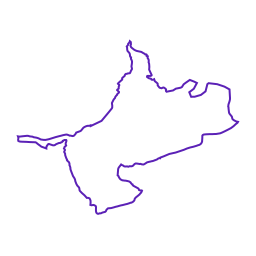 Kiri, Bandundu, Democratic Republic of the Congo, rotated 92°
{"feature_id": "63176286B37259268611319", "entity_name": "Kiri", "entity_type": "district", "adm_level": 2, "iso_a3": "COD", "parent_name": "Democratic Republic of the Congo", "parent_adm1": "Bandundu", "projection": "albers", "projection_center": [19.184, -1.724], "detail": "fine", "context": "isolated", "style": "outline", "palette": "violet", "viewbox_px": 256, "rotation_deg": 92, "n_neighbors": 0, "source": "geoboundaries", "source_scale": "gbopen_adm2", "svg_char_len": 5674}
<svg xmlns="http://www.w3.org/2000/svg" viewBox="0 0 256 256"><g transform="rotate(92 128 128)"><path d="M82.4,73.9L85.1,75.5L85.4,75.9L85.9,76.9L87.0,81.5L88.9,84.3L90.1,89.5L90.4,90.7L89.8,91.3L89.1,91.4L88.2,91.3L87.4,91.9L86.3,93.7L86.4,94.5L87.0,95.6L87.1,95.9L86.9,96.8L86.6,97.9L84.4,99.8L82.7,99.9L82.3,100.2L80.2,102.9L79.3,103.2L78.3,103.6L78.6,104.1L78.8,104.4L78.9,105.2L79.0,105.5L78.8,106.2L78.1,106.6L77.9,107.0L77.6,108.7L76.6,110.4L76.2,110.8L75.6,110.7L75.3,110.5L75.2,109.3L75.2,108.1L75.2,107.6L75.1,107.1L74.9,106.7L74.6,106.3L74.3,106.2L71.1,107.8L68.9,108.9L66.3,108.8L64.1,109.0L62.8,109.2L61.6,109.7L60.6,109.6L59.3,109.7L58.2,110.2L57.7,110.7L56.9,110.9L55.7,110.7L55.4,111.8L54.8,111.7L54.1,111.9L53.9,112.1L54.1,112.6L53.9,113.1L53.9,113.3L53.2,114.0L52.8,115.0L51.5,117.3L50.7,121.8L50.3,123.0L49.6,124.5L47.7,127.1L47.4,127.4L47.0,127.8L45.8,128.3L45.3,128.4L44.8,128.2L44.5,128.0L42.7,128.1L41.9,128.3L41.7,128.6L41.2,129.2L41.6,129.3L42.3,129.5L43.9,130.8L44.9,130.8L46.6,132.1L47.5,131.7L47.9,131.7L49.9,131.5L51.1,131.1L51.5,130.7L52.8,129.4L53.9,128.8L56.2,128.4L56.7,128.2L57.3,127.4L57.9,127.4L58.8,127.5L60.1,126.7L61.4,126.3L62.6,126.3L64.0,126.4L66.3,126.7L68.6,126.1L69.3,126.2L70.4,126.9L72.8,127.8L73.2,128.2L73.5,130.2L73.9,131.0L74.0,132.0L74.5,132.6L75.2,133.0L76.1,133.2L78.1,135.4L78.7,135.6L79.8,135.5L83.4,139.2L84.1,139.6L84.9,138.7L85.1,138.3L85.7,138.2L86.9,138.7L88.9,138.7L89.3,139.1L90.1,140.1L90.5,140.2L92.2,138.3L92.9,138.3L94.4,139.8L94.8,140.1L95.3,140.1L95.5,140.3L96.1,140.9L97.4,141.8L98.4,142.0L100.0,143.3L103.5,144.9L104.0,144.9L106.3,144.5L107.9,144.5L108.1,144.5L108.9,144.8L112.9,147.8L121.8,154.7L126.9,164.5L126.6,164.4L126.5,165.3L127.2,166.8L127.2,168.3L127.6,169.7L128.5,171.5L129.3,172.6L132.2,174.8L132.7,175.4L134.4,179.6L134.7,179.7L136.0,180.4L137.5,181.7L137.8,182.2L138.0,183.2L137.6,185.3L137.7,186.0L137.3,186.9L136.8,188.4L136.7,189.5L137.1,191.3L137.5,192.9L137.8,193.8L138.6,196.6L139.6,199.9L140.9,203.6L141.9,206.5L142.4,208.4L142.8,210.2L142.8,212.0L142.5,214.8L141.9,216.0L141.3,217.5L140.9,219.0L140.8,219.6L140.5,222.0L140.0,223.1L139.8,225.8L139.4,227.2L139.3,228.5L140.0,233.5L140.4,236.1L140.2,237.7L141.3,237.3L142.2,237.2L143.5,237.4L144.7,237.2L145.2,236.2L145.4,234.6L145.4,232.8L145.4,230.8L145.4,228.9L145.5,225.6L145.5,223.4L145.5,221.7L145.5,220.9L145.5,220.0L145.9,219.1L146.9,217.9L147.8,216.6L148.8,215.1L149.7,213.9L150.0,212.8L151.3,208.9L149.9,209.0L149.4,208.6L148.7,208.5L147.9,207.8L147.5,207.7L146.8,207.0L146.7,206.4L147.1,205.2L147.6,203.5L147.9,202.6L147.9,201.3L147.5,200.3L146.7,199.3L145.4,196.5L145.3,195.3L144.9,194.8L144.6,193.8L143.5,192.6L143.1,192.7L142.2,191.0L142.2,189.5L142.2,189.3L142.7,189.1L143.6,189.2L145.2,189.7L146.2,189.8L147.7,189.2L148.3,189.8L149.1,190.7L149.3,190.7L149.6,190.8L150.7,191.3L151.9,190.3L152.6,190.3L153.7,190.9L154.3,190.9L155.7,190.0L157.4,189.8L160.4,188.6L161.3,188.1L161.8,187.8L162.2,187.9L162.6,187.7L164.4,185.7L165.9,185.2L167.2,185.2L167.5,185.0L169.0,184.4L170.2,184.1L170.8,184.2L172.5,183.6L177.9,181.3L180.2,179.7L181.5,179.1L183.0,178.8L185.6,177.7L187.3,176.7L189.0,175.0L189.8,174.6L192.0,174.2L192.5,173.9L194.5,171.9L196.8,169.1L199.3,166.7L199.2,165.9L199.3,164.9L199.7,164.0L200.7,163.4L202.0,162.9L203.6,162.8L204.8,162.8L206.2,162.9L206.5,161.8L206.1,159.9L206.4,158.8L207.1,157.6L208.0,157.2L209.3,157.2L210.5,157.2L212.2,157.1L213.4,156.8L213.8,156.6L214.4,156.0L214.8,155.1L214.7,154.3L214.3,153.6L214.2,152.1L213.4,150.6L212.6,147.9L211.9,147.2L210.4,146.6L209.0,145.2L208.8,143.8L208.7,142.6L208.6,142.0L207.8,139.4L207.2,137.7L206.7,135.8L205.9,133.4L205.5,132.0L205.3,131.0L204.8,129.3L204.3,127.6L203.9,126.1L203.3,124.5L203.0,123.7L202.6,122.9L202.5,122.0L202.1,121.3L201.7,120.6L201.0,119.9L200.5,119.4L199.7,119.0L199.1,118.9L198.5,118.8L197.8,118.3L197.1,117.7L196.4,116.9L195.8,116.2L195.2,115.5L194.6,114.9L194.1,114.2L193.2,113.7L192.6,113.0L192.1,112.7L191.5,112.3L190.9,112.1L190.6,112.0L190.2,111.8L189.9,112.1L190.0,113.1L189.7,114.7L188.7,115.1L188.0,115.7L185.5,120.7L185.0,121.2L184.4,121.4L184.4,121.7L182.8,123.3L182.3,123.5L181.4,125.0L181.2,125.9L181.0,126.7L180.9,127.5L180.7,128.4L180.7,129.0L180.7,129.6L180.6,130.4L180.5,131.2L180.5,131.8L180.1,132.6L179.8,133.3L179.4,133.9L178.8,134.4L177.9,135.1L177.2,135.5L176.4,135.8L175.9,136.4L175.7,136.7L173.5,136.6L169.3,136.4L167.9,135.9L167.5,135.6L164.7,133.6L165.2,132.9L165.6,131.7L166.4,130.6L166.6,129.6L166.5,128.4L166.4,127.5L166.7,126.4L166.1,124.9L166.2,123.5L165.9,122.3L165.5,121.7L163.7,120.1L163.2,119.0L163.2,118.0L163.5,115.6L163.6,115.1L163.4,114.3L163.9,112.7L163.9,111.9L163.9,111.1L163.4,110.2L162.7,109.2L162.3,108.6L161.7,107.8L161.2,106.2L160.9,105.1L160.7,104.2L160.4,103.4L160.3,102.7L160.0,101.7L159.7,100.9L159.4,100.4L159.1,99.4L158.7,98.6L158.4,97.9L158.0,97.4L157.5,96.8L157.2,96.1L157.0,95.5L157.1,94.8L156.4,94.6L155.1,91.4L152.5,85.8L151.4,81.6L150.9,79.6L149.0,74.5L147.8,71.3L146.4,68.3L145.3,65.2L144.5,62.2L143.5,59.2L142.7,57.2L142.4,56.2L141.7,55.1L141.0,54.4L140.1,53.9L139.1,53.5L135.6,53.4L133.0,53.4L132.4,53.0L131.9,52.1L131.6,50.0L131.3,46.5L131.2,43.8L131.0,41.3L130.9,39.7L130.6,38.2L130.1,35.7L129.2,33.7L127.8,31.0L126.1,27.9L124.5,25.1L122.5,22.6L120.4,20.5L119.0,18.8L118.0,18.3L117.7,20.0L116.6,22.3L115.7,23.6L115.2,24.0L113.0,24.6L110.0,27.2L108.9,27.6L105.0,28.2L103.6,28.3L103.2,28.6L100.9,28.4L99.3,27.9L97.5,27.4L95.9,27.1L94.5,27.1L85.9,27.9L83.3,33.0L82.6,35.3L81.1,40.4L80.4,49.0L81.4,50.2L88.7,51.8L92.4,56.3L94.4,62.4L94.6,66.0L90.1,68.0L86.5,63.6L80.6,60.7L79.3,63.6L77.8,67.9L80.7,71.8L82.4,73.9Z" fill="none" stroke="#5b21b6" stroke-width="2"/></g></svg>